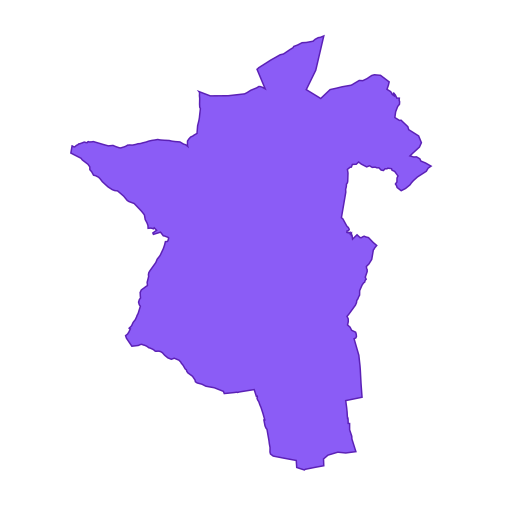 Valea Iasului, Arges, Romania, rotated 267°
{"feature_id": "2599482B81063931292533", "entity_name": "Valea Iasului", "entity_type": "district", "adm_level": 2, "iso_a3": "ROU", "parent_name": "Romania", "parent_adm1": "Arges", "projection": "natural_earth1", "projection_center": [24.709, 45.193], "detail": "fine", "context": "isolated", "style": "filled", "palette": "violet", "viewbox_px": 512, "rotation_deg": 267, "n_neighbors": 0, "source": "geoboundaries", "source_scale": "gbopen_adm2", "svg_char_len": 5752}
<svg xmlns="http://www.w3.org/2000/svg" viewBox="0 0 512 512"><g transform="rotate(267 256 256)"><path d="M429.9,389.8L430.8,383.7L430.2,381.0L427.2,375.9L425.5,371.8L425.9,368.3L421.6,360.1L420.5,351.0L419.4,345.3L418.3,338.7L409.9,328.9L418.0,317.1L419.5,314.9L438.4,325.4L472.2,335.2L471.0,331.8L470.8,329.6L469.3,326.4L467.5,324.2L466.6,317.4L466.6,313.2L464.5,308.5L463.3,304.7L462.0,303.8L460.4,300.8L456.3,294.0L455.7,290.7L451.0,281.2L443.9,268.6L442.6,267.2L442.4,266.8L422.5,273.9L424.2,271.1L425.0,269.0L425.1,267.6L424.3,266.3L423.9,265.5L423.4,264.1L421.8,259.5L419.6,255.6L418.5,253.1L417.5,236.6L418.3,218.7L423.2,207.6L422.3,208.2L418.9,207.9L416.9,208.0L416.0,208.0L410.6,207.6L407.6,207.6L406.1,208.2L399.6,207.1L397.0,206.7L394.4,206.1L389.1,204.5L381.5,203.5L380.4,201.3L379.9,200.3L379.3,199.5L378.7,198.2L378.5,197.5L378.1,196.8L376.4,195.1L374.4,193.6L369.9,193.3L369.1,193.5L370.7,191.7L371.2,190.6L371.3,189.9L373.9,186.0L374.5,181.3L375.1,178.0L375.9,175.3L376.4,170.3L376.7,167.9L377.0,165.9L377.5,164.0L377.1,160.8L376.9,158.2L376.4,155.2L376.1,154.0L375.6,152.5L374.9,148.7L374.5,147.1L374.3,146.1L374.3,145.3L374.3,144.4L374.2,143.6L373.8,142.2L373.3,139.1L373.2,138.1L373.4,136.6L373.5,135.5L373.4,134.4L373.5,133.8L373.0,132.8L372.3,131.4L371.8,129.8L371.5,128.5L371.2,127.3L371.0,126.5L371.2,125.1L371.8,123.7L372.2,122.6L372.9,121.0L373.9,119.0L373.7,114.3L375.3,109.5L378.8,99.5L378.7,98.7L378.6,98.0L378.6,97.1L378.6,96.2L378.6,95.3L379.0,94.8L378.9,94.1L378.1,93.5L378.0,93.1L378.2,92.0L378.4,91.5L378.7,90.9L378.7,90.3L378.4,89.3L378.1,88.6L377.8,87.4L377.5,86.6L377.3,86.0L377.3,85.0L377.0,84.6L376.3,83.7L376.1,83.0L375.9,82.5L375.1,81.5L374.7,81.0L374.5,80.5L374.6,79.7L374.8,79.3L375.2,78.8L375.5,78.4L375.6,78.1L368.5,76.5L367.2,78.7L364.3,83.7L362.8,86.3L361.0,87.6L356.4,93.0L353.7,94.7L350.9,94.6L348.7,96.3L345.2,98.0L344.6,100.0L342.9,102.9L341.5,104.2L338.3,106.4L335.0,109.6L332.7,111.9L329.8,115.9L328.7,118.4L328.3,121.1L325.5,124.1L322.7,127.0L318.2,130.3L317.0,132.0L314.8,137.1L311.9,139.6L306.6,144.1L303.2,146.5L302.8,146.7L298.1,147.3L295.4,148.6L294.1,149.1L292.1,149.7L289.3,149.7L289.4,152.2L289.1,153.6L288.5,154.9L289.5,155.8L286.9,158.1L284.4,154.2L283.0,154.7L284.3,159.9L284.8,161.9L281.0,164.5L280.8,165.6L279.2,169.2L278.6,169.7L275.9,168.9L275.1,168.1L275.1,166.3L271.6,165.2L268.1,163.8L261.6,160.3L257.9,157.1L254.7,155.6L250.2,152.0L246.7,149.2L245.0,148.1L243.1,147.6L241.1,147.7L235.4,145.9L232.4,146.1L232.2,145.9L231.7,145.4L231.6,145.0L228.1,139.7L225.8,138.5L225.7,138.4L222.0,138.4L220.1,138.5L218.7,137.3L216.1,136.3L213.4,136.9L211.9,137.9L204.8,135.3L202.8,134.1L201.7,133.7L198.7,132.1L196.8,130.4L195.9,129.7L193.0,128.2L192.1,127.4L190.5,125.5L190.3,125.6L189.8,126.7L186.8,125.1L184.7,123.6L183.3,121.6L180.7,122.3L172.4,127.3L172.8,133.6L173.0,134.4L173.4,135.1L173.7,136.4L173.8,137.3L173.0,138.9L172.7,140.1L171.6,142.2L169.9,144.3L169.7,145.2L169.4,145.8L168.2,148.1L167.6,149.0L166.6,149.9L166.1,150.9L166.1,153.7L165.6,155.6L164.3,157.5L161.9,159.4L161.1,160.2L160.7,160.6L160.5,160.9L158.9,162.6L157.3,166.1L158.2,169.0L156.0,173.6L154.0,175.3L152.7,175.9L151.6,176.8L150.6,177.5L146.9,179.4L146.0,180.5L144.6,180.8L142.9,181.8L139.2,186.3L135.4,188.6L133.6,188.9L132.3,190.6L130.8,195.3L128.6,199.1L127.6,203.3L126.6,207.5L122.5,216.4L120.3,217.1L120.8,227.4L120.9,228.3L121.0,229.6L121.0,229.8L120.9,230.0L120.7,230.2L120.9,231.3L121.1,232.2L122.7,247.2L115.8,249.0L116.0,249.8L115.1,250.0L113.7,249.6L111.8,250.3L110.5,251.1L107.1,252.1L104.4,253.1L98.4,254.7L91.8,256.2L91.8,255.3L86.0,256.1L83.7,256.9L82.3,257.9L70.7,259.3L67.8,259.5L63.9,260.0L59.5,259.7L57.5,260.1L55.3,262.7L52.6,273.5L51.4,278.5L49.7,285.5L42.7,285.6L41.7,288.1L39.8,293.1L40.4,293.9L41.9,304.2L43.0,312.7L49.8,312.8L53.4,317.5L55.8,327.4L54.6,335.3L55.4,345.5L68.2,342.2L71.0,342.2L77.5,340.4L83.8,340.7L84.0,339.3L84.4,339.3L88.4,339.4L88.5,339.3L89.1,339.3L89.0,338.9L90.2,338.9L91.3,338.8L93.5,338.8L95.4,338.8L99.8,338.6L106.9,338.0L109.4,354.5L123.3,354.2L133.8,354.2L136.7,354.2L140.8,354.1L151.5,353.5L168.2,349.6L169.0,351.4L170.4,352.1L172.7,352.0L174.7,351.5L176.8,347.6L180.0,346.2L182.4,343.8L185.5,344.7L188.4,344.8L191.0,343.7L192.6,345.3L201.7,352.7L204.1,353.9L206.3,354.3L207.7,355.4L209.9,356.4L211.5,357.4L216.0,357.7L221.4,360.4L223.6,362.1L224.1,363.1L226.1,363.8L227.0,364.8L229.1,364.0L234.6,366.2L236.6,366.3L237.7,365.8L239.8,365.7L242.1,368.3L246.6,371.4L255.9,373.5L257.0,374.5L257.7,374.8L260.2,377.1L263.4,373.7L268.5,369.3L269.3,366.7L270.1,365.0L269.6,363.6L268.8,362.2L268.9,360.9L271.9,358.0L267.8,353.3L271.6,353.0L271.5,352.3L274.0,352.5L273.2,351.3L274.7,351.2L274.2,349.9L274.8,348.0L276.3,348.3L276.4,349.7L277.7,350.5L279.8,349.6L280.2,349.0L281.2,348.2L288.5,344.7L289.8,343.3L315.0,349.0L317.9,349.0L320.4,349.8L323.1,350.1L324.3,351.1L325.8,351.5L334.0,352.2L337.7,351.8L339.7,354.6L339.8,355.9L342.4,357.0L342.4,360.9L344.5,363.4L342.3,365.9L339.2,371.2L340.2,374.1L338.4,376.7L338.5,379.7L337.7,381.4L337.7,383.3L335.3,385.4L334.7,387.7L336.4,389.5L336.2,391.3L336.8,392.3L336.1,395.9L334.6,396.3L333.2,398.9L328.5,402.0L326.5,400.9L322.6,400.6L320.6,399.0L318.9,400.0L317.0,400.5L313.6,404.4L315.6,408.9L319.0,413.5L320.9,415.0L323.1,417.2L326.5,421.4L331.7,430.5L334.7,432.5L336.6,435.5L340.0,430.2L342.2,425.6L344.5,424.7L346.6,421.5L346.6,418.7L347.9,415.0L350.2,417.6L356.2,424.9L360.5,427.1L367.4,424.7L374.2,415.1L377.2,414.4L382.7,409.2L384.0,408.0L383.9,406.3L387.0,401.9L392.7,403.0L397.9,405.3L400.0,407.2L402.5,407.5L404.2,407.1L406.1,407.4L406.3,404.9L409.4,403.6L412.0,401.7L408.8,402.3L410.1,400.6L413.1,399.1L415.6,395.5L419.5,397.1L422.9,398.1L429.9,389.8Z" fill="#8b5cf6" stroke="#5b21b6" stroke-width="1.5"/></g></svg>